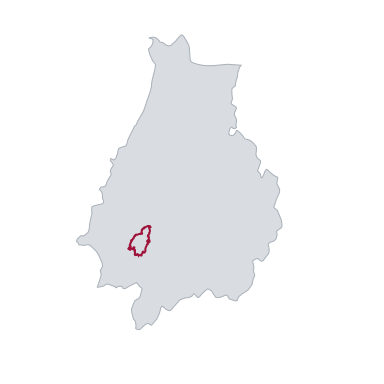 Zhlobin, Gomel, Belarus (highlighted), rotated 107°
{"feature_id": "67162791B87321103764300", "entity_name": "Zhlobin", "entity_type": "district", "adm_level": 2, "iso_a3": "BLR", "parent_name": "Belarus", "parent_adm1": "Gomel", "projection": "natural_earth1", "projection_center": [29.946, 52.8], "detail": "fine", "context": "in_parent", "style": "outline", "palette": "rose", "viewbox_px": 384, "rotation_deg": 107, "n_neighbors": 0, "source": "geoboundaries", "source_scale": "gbopen_adm2", "svg_char_len": 8094}
<svg xmlns="http://www.w3.org/2000/svg" viewBox="0 0 384 384"><g transform="rotate(107 192 192)"><path d="M310.7,254.8L304.8,254.5L297.7,254.6L293.8,256.8L289.5,255.7L286.4,257.0L279.4,263.0L276.7,266.2L274.1,271.2L272.6,274.9L273.4,277.4L274.7,279.8L275.0,282.4L275.7,284.5L274.0,285.9L273.0,288.1L270.0,287.7L266.4,285.6L265.6,282.7L262.8,280.6L261.0,279.6L258.0,279.4L253.2,280.4L246.9,281.1L242.1,281.3L239.5,282.3L235.7,283.4L234.2,282.2L232.1,278.8L230.3,275.5L229.1,274.0L228.1,273.6L226.8,273.7L225.3,274.7L224.2,275.8L220.2,277.1L218.5,278.3L216.5,281.3L215.2,281.1L213.9,280.4L212.4,277.0L210.3,276.2L207.0,276.2L202.9,275.4L199.5,274.4L198.3,274.6L196.3,276.1L194.1,276.3L189.4,275.0L188.5,275.6L185.7,279.4L184.4,279.6L183.7,279.1L184.2,275.8L181.4,274.6L176.8,274.5L173.5,274.9L171.9,274.8L171.1,274.2L167.2,268.7L165.1,268.3L161.3,268.6L155.8,267.9L149.4,266.7L145.9,266.2L144.1,265.0L140.1,264.6L129.5,262.2L125.2,261.8L118.8,261.8L109.1,261.3L102.9,261.6L100.0,262.3L96.7,262.8L85.1,263.4L81.0,264.1L79.8,265.2L78.3,267.8L73.5,272.1L68.8,275.1L67.9,275.3L65.2,273.8L63.0,273.2L60.4,273.1L58.5,273.6L57.3,274.3L57.3,277.7L57.1,278.0L55.1,274.0L55.4,270.3L56.6,268.2L58.1,266.4L57.6,263.6L59.0,259.9L59.2,257.2L58.6,256.0L57.6,254.7L54.6,253.2L53.3,252.1L49.3,250.5L45.3,248.6L44.7,247.4L44.9,246.6L45.7,245.4L48.8,241.8L52.3,238.3L54.4,236.9L65.9,232.5L67.7,230.9L68.2,228.3L68.2,222.9L67.6,218.1L66.9,214.7L64.9,208.5L59.5,195.5L56.4,182.1L58.6,182.9L64.0,183.2L68.3,182.3L70.5,182.2L72.4,182.4L78.1,181.7L79.4,182.9L81.9,184.0L86.8,182.4L91.2,180.5L95.7,180.7L96.4,179.8L97.7,175.1L99.0,174.0L104.4,174.5L106.4,173.7L108.6,171.3L111.8,169.9L114.5,169.9L117.3,168.3L118.6,169.3L119.2,171.3L118.3,172.9L118.6,173.5L120.5,174.3L123.8,174.2L125.9,173.6L126.5,172.7L126.5,171.1L126.0,169.6L124.6,168.2L122.0,167.6L120.2,167.6L119.9,166.7L120.6,164.9L122.3,161.7L124.3,158.7L125.5,157.6L125.8,156.6L125.6,154.8L125.6,151.6L127.5,147.1L129.9,143.7L133.2,142.6L137.1,142.0L139.6,140.4L140.9,138.6L142.0,135.7L143.3,135.1L152.7,135.5L154.2,132.6L155.0,131.8L156.8,130.9L158.1,129.9L157.6,129.1L155.2,128.6L149.6,128.1L148.5,127.2L148.8,126.0L150.4,123.1L151.9,119.2L152.7,116.3L152.8,114.5L153.6,114.1L158.2,113.5L159.8,112.9L163.8,108.9L166.8,108.2L174.6,109.2L178.1,109.1L182.6,109.4L183.0,109.0L184.7,105.0L192.4,98.6L196.6,96.4L199.2,95.9L200.1,96.1L204.1,99.4L205.1,99.6L207.9,98.1L212.6,98.0L214.8,99.2L217.9,103.3L219.5,103.8L224.2,101.5L226.7,100.8L228.4,100.8L237.1,104.0L237.7,105.0L237.8,106.2L236.4,110.0L238.2,112.3L240.3,113.9L244.8,111.3L246.4,110.6L248.2,110.5L250.6,109.6L252.4,108.1L254.0,107.6L257.2,108.0L263.0,107.6L269.8,109.9L270.3,110.6L273.7,113.3L274.9,114.6L276.0,115.0L277.8,116.3L280.2,117.1L281.9,116.9L282.7,117.3L283.4,118.3L283.5,120.1L283.3,125.1L280.9,127.7L280.6,128.6L280.7,129.7L282.6,131.8L285.1,135.2L285.7,137.1L285.7,138.6L282.3,142.9L281.2,143.9L280.5,146.0L280.1,148.1L280.3,149.0L286.0,152.5L290.2,154.3L291.1,155.2L291.2,155.8L289.0,159.5L288.8,160.5L292.1,162.0L294.0,164.4L295.7,168.3L298.9,172.1L310.8,177.6L311.9,178.5L312.2,179.7L311.9,182.3L309.8,187.2L311.8,187.9L317.1,187.7L323.5,188.4L331.2,191.8L331.2,193.4L330.4,194.8L331.0,196.3L331.8,197.6L338.5,201.5L339.2,202.6L339.3,204.5L339.1,205.9L337.3,206.2L335.3,206.8L332.0,208.5L330.7,210.8L325.3,214.1L322.0,215.6L319.3,215.6L313.0,215.0L310.7,213.4L309.8,211.9L307.3,211.2L304.1,211.2L299.6,211.4L298.7,211.9L298.0,213.7L296.1,216.8L294.8,218.5L300.5,224.6L303.4,227.1L304.3,228.7L304.3,229.8L302.9,231.1L303.1,233.7L305.9,237.1L305.0,237.7L304.8,241.9L304.8,246.4L305.6,247.5L307.1,248.4L308.4,250.0L310.5,253.8L310.7,254.8Z" fill="#d9dde1" stroke="#a8b0b8" stroke-width="1"/><path d="M255.4,235.6L255.5,235.5L255.8,235.5L256.0,235.5L256.2,235.3L256.4,235.3L256.5,235.5L256.6,235.8L256.8,235.7L257.0,235.7L257.3,235.8L257.6,235.8L257.7,235.7L257.8,235.6L258.2,235.6L258.3,235.7L258.5,235.8L258.8,235.9L259.1,235.9L259.3,235.9L259.5,235.8L259.9,235.8L260.1,235.8L260.4,235.9L260.5,236.0L261.0,236.0L261.1,235.9L261.4,235.8L261.6,235.7L261.7,235.4L261.7,235.2L261.8,235.0L261.8,234.9L262.0,234.7L262.4,234.9L262.5,235.0L262.6,235.3L262.8,235.5L263.0,235.6L263.2,235.8L263.6,235.9L263.8,236.0L264.1,236.0L264.4,236.1L264.4,235.8L264.5,235.6L265.1,235.7L265.2,235.3L265.1,235.1L265.1,234.9L265.2,234.7L265.4,234.5L265.4,234.3L265.3,234.2L265.0,234.1L264.7,234.1L264.3,234.0L264.0,233.9L263.9,233.8L263.7,233.5L263.6,233.3L263.7,233.1L263.9,233.0L264.0,232.8L263.9,232.7L263.6,232.7L263.6,232.4L263.7,232.2L263.2,232.1L262.9,232.0L262.8,231.8L262.8,231.7L263.0,231.5L263.0,231.4L262.8,231.4L262.4,231.3L262.1,231.3L262.2,231.1L262.1,230.9L262.6,230.8L262.9,230.8L263.3,230.8L263.6,230.7L263.8,230.6L264.0,230.3L264.1,230.2L264.2,229.9L264.2,229.6L264.4,229.5L264.7,229.6L264.9,229.8L265.0,229.9L265.3,229.7L265.3,229.2L265.5,229.1L266.2,229.0L266.6,228.8L267.2,228.7L267.7,228.7L268.3,228.5L268.7,228.3L268.8,228.2L268.7,228.0L268.4,227.9L268.3,227.6L268.6,227.5L268.8,227.4L268.8,227.2L268.6,227.0L268.5,226.7L268.2,226.3L267.9,226.3L267.5,226.3L267.4,226.1L267.3,225.9L267.4,225.6L267.5,225.4L267.7,225.2L267.8,225.1L268.0,224.9L268.2,224.7L268.3,224.6L268.2,224.6L268.1,224.4L267.9,224.1L267.7,223.8L267.6,223.5L267.5,223.0L267.5,222.7L267.6,222.3L267.6,222.0L267.5,221.7L267.4,221.7L267.2,221.7L267.0,221.8L266.7,222.0L266.1,222.0L265.7,221.8L265.3,221.7L265.0,221.6L264.7,221.6L264.3,221.6L263.9,221.6L263.5,221.6L263.3,221.4L263.4,221.2L263.7,221.0L263.8,221.0L264.1,220.9L264.2,220.6L264.1,220.3L263.8,219.9L263.5,219.7L263.4,219.5L262.9,219.4L262.5,219.3L261.8,219.3L261.5,219.4L261.3,219.5L261.1,219.7L260.9,219.8L260.5,219.9L260.1,219.9L259.6,220.0L259.1,220.0L258.8,220.0L258.4,220.0L257.9,219.9L257.6,219.8L257.1,219.8L256.5,219.7L256.1,219.7L255.6,219.8L255.3,219.7L254.9,219.4L254.9,219.2L254.7,219.0L254.2,219.1L253.9,219.3L253.7,219.4L253.5,219.5L253.2,219.5L253.2,219.2L252.8,218.9L252.6,218.8L252.5,218.6L252.5,218.3L252.3,218.2L252.2,218.1L251.9,218.2L251.6,218.3L251.4,218.2L251.2,218.3L251.5,218.6L251.4,218.9L251.4,219.0L251.5,219.2L251.6,219.4L251.9,219.5L252.2,219.6L252.4,219.7L252.5,219.9L252.5,220.1L252.4,220.4L252.3,220.5L251.8,220.5L251.5,220.3L251.3,220.2L251.1,220.1L250.7,219.9L250.2,219.7L249.8,219.5L249.6,219.6L249.0,219.8L248.7,219.8L248.4,219.8L247.9,219.9L247.8,220.3L247.6,220.5L247.4,220.6L247.4,221.1L247.3,221.3L246.9,221.3L246.5,221.3L246.1,221.4L245.9,221.2L246.1,221.0L245.8,220.9L245.5,220.9L245.0,220.8L244.6,220.7L244.4,220.6L244.1,220.6L243.9,220.8L243.6,221.0L243.4,221.0L243.1,220.9L242.8,220.8L242.5,220.7L241.8,220.8L241.3,220.9L240.8,221.2L240.3,221.5L239.9,221.9L239.5,222.2L239.1,222.4L238.5,222.4L238.2,222.1L238.0,221.8L238.0,221.6L237.9,221.5L237.7,221.4L237.5,221.7L237.4,221.9L237.2,222.0L237.0,222.3L237.0,222.6L237.3,222.7L237.5,222.9L237.6,223.1L237.4,223.2L237.1,223.4L237.1,223.6L237.3,223.9L237.4,224.1L237.5,224.3L237.6,224.5L237.9,224.7L238.0,224.8L238.1,225.0L238.5,225.6L239.0,225.9L239.2,226.1L239.4,226.2L239.5,226.4L239.5,226.6L239.5,226.8L239.7,227.0L239.8,227.2L240.0,227.2L240.3,227.2L240.5,227.1L240.8,227.2L240.8,227.3L240.7,227.5L240.7,227.8L240.9,227.8L241.2,227.9L241.3,228.0L241.6,228.2L241.9,228.3L242.0,228.3L242.2,228.5L242.3,228.6L242.4,228.8L242.8,228.9L243.0,228.6L243.5,228.6L244.1,228.7L244.3,228.7L244.6,228.6L244.9,228.6L245.0,228.5L245.2,228.4L245.4,228.2L245.5,228.1L245.8,227.8L245.9,227.7L246.1,227.6L246.4,227.6L246.6,227.7L246.8,227.8L246.8,228.0L246.7,228.3L246.6,228.5L246.6,228.8L247.0,229.2L247.1,229.4L247.4,229.5L247.5,229.8L247.5,230.0L247.7,230.4L247.9,230.6L248.1,230.8L248.3,231.1L248.5,231.4L248.7,231.6L248.8,231.8L248.9,232.1L249.0,232.3L249.0,232.6L249.0,232.8L249.0,233.0L249.3,233.2L249.7,233.3L250.0,233.3L250.4,233.4L250.4,233.6L250.2,233.8L250.5,234.1L250.9,234.0L251.1,234.0L251.4,234.0L251.5,234.1L251.8,234.2L252.1,234.3L252.4,234.3L252.6,234.3L252.8,234.4L253.1,234.4L253.3,234.3L253.5,234.4L253.6,234.7L253.9,234.8L254.2,234.8L254.6,234.8L254.9,234.9L255.1,235.1L255.2,235.3L255.3,235.5L255.4,235.6Z" fill="none" stroke="#9f1239" stroke-width="2"/></g></svg>